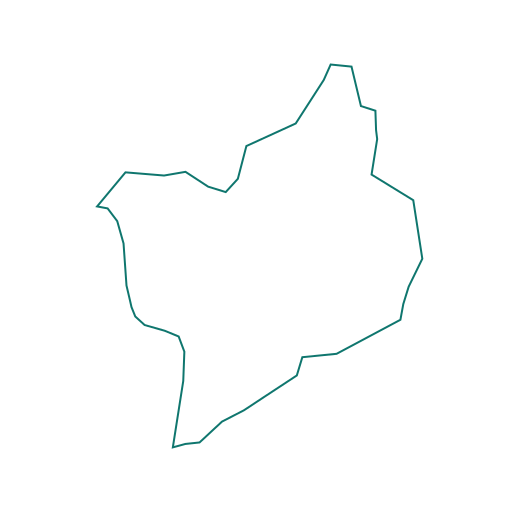 Haut-Nkam, Ouest, Cameroon (Robinson projection), rotated 189°
{"feature_id": "32672807B36469761565883", "entity_name": "Haut-Nkam", "entity_type": "district", "adm_level": 2, "iso_a3": "CMR", "parent_name": "Cameroon", "parent_adm1": "Ouest", "projection": "robinson", "projection_center": [10.205, 5.159], "detail": "fine", "context": "isolated", "style": "outline", "palette": "teal", "viewbox_px": 512, "rotation_deg": 189, "n_neighbors": 0, "source": "geoboundaries", "source_scale": "gbopen_adm2", "svg_char_len": 735}
<svg xmlns="http://www.w3.org/2000/svg" viewBox="0 0 512 512"><g transform="rotate(189 256 256)"><path d="M160.8,418.2L175.8,420.5L191.3,458.0L212.2,456.8L216.6,440.5L237.5,393.1L282.7,363.1L286.0,329.4L295.9,314.4L314.1,317.0L338.8,328.1L359.4,321.1L398.0,318.2L420.7,280.1L410.0,279.8L398.5,268.7L388.8,247.7L379.3,206.6L373.4,192.1L371.0,186.1L365.8,177.4L355.2,170.4L334.5,167.9L319.8,164.4L311.8,150.3L308.3,121.2L308.2,54.0L301.9,56.8L296.4,59.3L282.6,63.0L263.7,87.1L252.8,95.1L243.8,101.7L226.1,117.9L216.2,126.9L197.0,144.4L194.4,163.3L161.1,172.0L152.5,178.5L103.4,215.6L103.0,231.6L100.4,249.6L91.3,279.3L109.4,335.7L154.6,354.5L154.6,390.4L157.1,399.1L160.8,418.2Z" fill="none" stroke="#0f766e" stroke-width="2"/></g></svg>